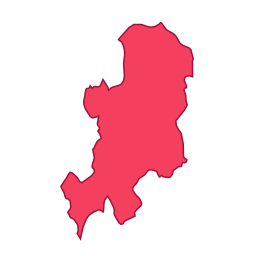 the border of Overijssel, rotated 260°
{"feature_id": "NLD-899", "entity_name": "Overijssel", "entity_type": "Province", "adm_level": 1, "iso_a3": "NLD", "parent_name": "Netherlands", "parent_adm1": "", "projection": "natural_earth1", "projection_center": [6.317, 52.481], "detail": "fine", "context": "isolated", "style": "filled", "palette": "rose", "viewbox_px": 256, "rotation_deg": 260, "n_neighbors": 0, "source": "natural_earth", "source_scale": "10m", "svg_char_len": 2859}
<svg xmlns="http://www.w3.org/2000/svg" viewBox="0 0 256 256"><g transform="rotate(260 128 128)"><path d="M176.2,98.1L173.4,99.7L174.7,101.8L174.4,103.6L173.7,105.3L173.8,107.0L174.9,108.4L180.1,111.8L171.3,115.3L168.6,115.5L170.6,118.7L171.2,122.4L171.4,126.0L172.4,129.1L175.5,131.9L179.8,133.5L192.4,134.9L200.7,137.4L205.2,138.0L209.4,137.8L213.4,136.9L214.9,135.8L215.9,134.4L216.9,134.0L226.7,146.4L228.9,151.7L227.6,159.2L224.4,165.0L223.3,168.1L223.2,171.9L224.6,176.3L225.6,177.6L226.0,178.2L225.5,179.3L218.4,182.7L216.7,184.3L213.0,189.1L209.8,191.3L202.9,193.7L199.8,196.3L196.3,202.0L194.2,203.5L184.8,204.3L184.7,204.2L182.8,203.1L167.2,200.5L168.8,197.4L168.8,196.3L168.7,194.3L168.4,193.4L168.0,192.9L167.4,192.6L165.8,192.0L164.6,191.8L158.9,192.9L158.2,192.8L157.5,192.6L157.5,191.9L157.4,191.0L156.8,190.1L155.9,189.8L155.0,189.8L150.5,190.5L144.3,189.9L140.5,190.3L135.8,186.7L128.2,178.0L128.0,177.7L127.0,176.4L122.3,176.0L116.8,177.7L114.4,179.2L112.8,179.5L102.7,179.6L91.5,177.9L89.9,177.8L89.4,178.0L87.9,179.0L86.8,180.4L86.4,180.4L85.9,180.3L84.6,179.4L84.1,178.8L83.9,178.4L83.9,178.1L83.9,177.9L84.5,176.6L84.2,175.6L83.5,175.0L81.7,174.4L81.0,174.0L80.8,173.4L81.0,172.7L81.1,171.0L78.2,165.1L75.0,163.9L74.2,163.1L72.5,161.3L72.1,160.6L72.3,159.1L73.7,154.6L75.2,152.9L75.1,152.0L74.3,150.6L74.6,150.3L75.1,150.0L80.4,148.6L82.8,143.6L83.0,141.3L82.8,140.7L82.5,140.2L79.1,136.4L77.9,133.9L76.5,130.6L75.5,129.4L74.3,128.6L71.5,126.2L70.3,124.3L69.2,123.0L68.1,122.4L66.2,121.8L61.5,123.7L56.4,127.1L51.6,128.3L50.3,128.0L49.3,127.3L45.9,122.2L43.9,119.9L42.2,119.7L40.0,119.6L36.8,108.1L34.5,106.6L34.5,104.2L36.3,102.6L44.5,99.6L46.6,99.5L47.5,99.9L50.1,100.2L51.6,100.2L59.4,98.1L64.5,95.9L60.9,92.5L57.8,91.2L51.4,89.7L50.0,89.2L49.6,88.9L49.9,88.5L51.0,87.7L51.7,86.5L52.6,85.4L51.4,80.1L49.1,74.9L48.0,73.5L46.1,71.5L38.8,66.8L27.1,61.9L33.0,59.6L34.9,60.8L35.5,61.1L40.0,61.6L40.9,61.6L42.1,61.4L46.8,59.2L47.6,58.6L48.3,57.8L48.9,57.0L49.3,56.3L49.9,55.8L50.7,55.4L53.9,54.8L54.5,54.5L54.9,54.1L55.3,54.2L56.1,54.5L58.0,56.7L59.5,57.7L60.3,58.0L66.5,58.3L68.8,56.3L69.0,56.0L69.1,55.1L69.3,54.8L69.6,54.6L72.2,54.0L75.3,53.8L82.0,51.7L90.0,59.2L91.2,60.1L92.9,61.5L94.4,63.3L93.7,65.0L87.9,69.5L83.7,71.1L82.1,73.2L87.6,84.4L88.4,84.9L89.5,86.4L89.9,86.8L90.6,87.2L91.9,87.5L92.8,87.4L94.1,86.8L95.0,86.1L96.1,85.9L98.6,86.7L103.6,89.3L104.9,89.7L112.6,89.6L113.2,89.7L114.4,91.3L116.9,92.8L119.7,95.0L120.9,96.5L122.2,99.2L122.4,99.6L123.1,99.8L124.1,99.8L127.8,98.9L129.0,98.4L129.8,97.8L130.2,97.9L130.7,98.1L131.5,99.1L132.1,99.6L132.9,99.9L133.8,99.8L135.1,99.2L135.8,98.6L137.0,98.6L138.0,98.7L144.6,101.2L144.1,95.1L144.5,94.2L146.5,92.5L154.2,89.4L158.9,88.7L161.0,88.8L172.5,92.9L173.4,93.5L174.0,94.0L174.0,95.5L174.4,97.2L176.0,98.0L176.2,98.1Z" fill="#f43f5e" stroke="#9f1239" stroke-width="1.5"/></g></svg>